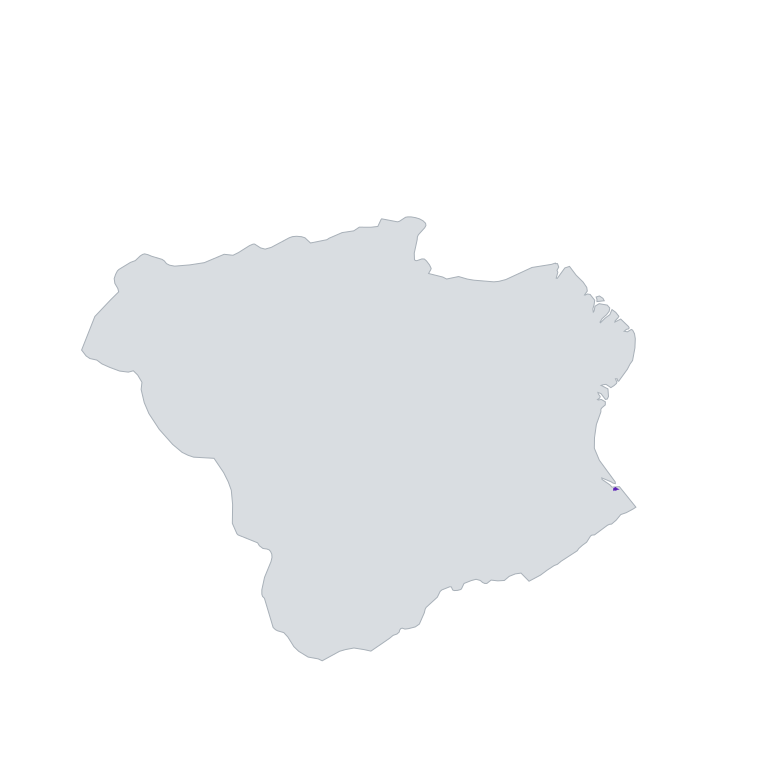 Surulere, Lagos, Nigeria (highlighted), rotated 234°
{"feature_id": "59680162B1513568068009", "entity_name": "Surulere", "entity_type": "district", "adm_level": 2, "iso_a3": "NGA", "parent_name": "Nigeria", "parent_adm1": "Lagos", "projection": "natural_earth1", "projection_center": [3.345, 6.49], "detail": "fine", "context": "in_parent", "style": "filled", "palette": "violet", "viewbox_px": 768, "rotation_deg": 234, "n_neighbors": 0, "source": "geoboundaries", "source_scale": "gbopen_adm2", "svg_char_len": 4422}
<svg xmlns="http://www.w3.org/2000/svg" viewBox="0 0 768 768"><g transform="rotate(234 384 384)"><path d="M589.2,159.3L608.6,189.8L612.8,212.4L614.5,223.5L617.7,224.8L623.6,225.4L627.9,227.7L630.5,231.4L632.2,234.8L632.5,236.9L631.4,250.4L630.0,255.3L630.9,262.0L630.7,264.9L630.0,266.8L627.4,269.0L623.8,271.2L615.3,277.7L612.8,278.6L609.2,278.8L606.1,280.4L602.4,283.9L594.5,296.9L587.8,309.9L582.9,330.9L576.9,337.5L575.9,343.3L575.0,356.5L574.1,360.4L573.2,361.6L566.7,364.1L563.0,367.1L560.8,373.1L558.0,393.3L557.0,396.6L554.9,400.1L551.6,403.9L548.7,406.0L541.3,407.4L534.3,422.6L534.2,425.3L531.1,439.1L525.7,449.5L525.4,456.2L518.6,465.4L515.1,471.6L518.7,478.1L519.0,479.2L507.3,490.2L506.6,491.9L506.2,499.5L505.2,501.5L503.1,504.3L499.9,507.4L496.7,509.8L493.1,511.5L489.6,512.1L487.6,511.1L486.5,508.8L484.5,499.5L483.4,497.5L481.2,495.6L472.1,485.4L466.6,481.7L465.4,482.0L464.5,483.0L462.9,488.2L461.4,490.1L458.5,490.7L453.5,490.8L449.8,490.1L449.0,489.0L447.2,485.0L436.0,494.4L432.1,496.4L427.1,507.5L420.0,513.0L415.1,517.8L402.1,532.9L399.5,537.3L396.9,543.9L391.3,572.2L382.3,589.9L381.1,593.7L380.6,593.5L379.4,595.1L375.9,594.1L374.3,590.8L372.2,590.3L368.4,585.5L367.6,586.3L371.6,598.5L370.1,603.2L359.1,603.4L349.5,605.0L343.0,604.8L339.7,603.1L338.2,598.5L337.7,599.0L337.3,601.4L335.3,603.4L327.9,603.7L324.7,600.6L322.0,597.1L319.2,595.6L319.6,597.0L322.9,600.4L322.5,605.3L316.6,611.0L312.8,611.3L310.5,608.9L309.3,604.9L308.7,599.0L307.1,595.1L306.3,595.1L307.3,601.6L307.4,607.5L310.2,612.2L305.8,613.6L300.7,613.8L300.0,612.1L299.3,608.2L298.4,607.2L297.4,613.7L286.7,615.6L285.2,615.3L284.9,614.1L285.7,612.3L285.5,609.3L283.1,611.6L282.8,616.1L281.4,616.8L277.4,616.2L272.9,613.9L265.7,608.2L256.9,598.9L255.5,594.7L252.9,589.6L248.3,575.5L249.1,574.9L251.2,575.7L252.2,574.3L248.5,573.4L247.8,572.3L247.5,569.2L247.7,565.4L253.2,563.4L254.5,561.1L255.3,558.8L248.4,562.3L242.0,558.3L240.6,555.9L241.3,554.1L248.7,553.9L251.4,552.1L249.7,551.5L246.9,551.6L245.9,550.4L245.9,547.5L245.0,548.1L243.8,550.7L239.5,552.6L237.0,550.7L236.7,546.5L236.1,544.6L234.0,543.1L226.4,532.0L216.9,522.8L208.4,516.4L195.7,513.4L168.9,513.5L167.4,512.6L169.1,511.1L171.4,510.2L180.0,505.0L178.6,504.3L169.6,507.5L166.6,507.8L162.6,514.1L136.3,515.4L136.4,512.6L137.5,504.4L139.2,498.8L137.4,491.9L136.9,485.8L138.0,483.8L138.4,481.5L138.2,465.6L139.6,463.3L139.6,461.7L136.9,454.9L136.9,449.7L136.4,444.7L135.5,442.4L136.5,423.1L136.2,418.3L137.1,414.9L137.5,406.5L137.4,398.3L139.2,385.4L150.5,383.7L153.2,378.6L154.8,372.2L154.3,365.9L157.9,360.3L162.4,355.4L162.2,350.0L163.4,348.3L165.5,347.1L168.5,346.4L171.9,343.7L173.7,339.0L175.6,331.5L172.7,326.2L172.7,325.1L173.8,322.2L175.6,319.4L177.0,318.5L180.2,319.2L181.3,318.1L183.4,309.8L183.2,307.5L180.2,301.9L178.5,286.8L177.6,284.9L175.2,282.1L169.0,271.5L169.1,266.5L171.7,260.0L173.4,256.9L175.8,255.2L176.3,253.7L175.6,251.9L174.4,250.5L174.1,247.6L175.3,243.6L175.0,239.2L175.6,216.4L180.7,211.9L188.1,204.5L191.8,196.7L193.9,190.9L196.4,171.3L200.3,169.2L207.7,162.1L217.8,157.9L224.4,156.7L235.9,157.5L241.8,156.8L246.8,152.9L249.0,151.8L252.2,151.2L280.9,161.3L283.6,160.9L285.7,161.6L289.3,164.2L297.8,173.7L306.8,188.3L309.6,191.5L312.3,193.2L315.2,193.8L317.3,193.6L319.4,192.2L322.1,189.4L326.4,188.1L329.8,188.4L347.7,177.2L349.4,177.0L360.4,179.4L375.5,190.7L387.8,198.0L396.4,200.5L406.5,202.2L423.8,202.8L436.7,187.0L441.5,183.6L447.3,180.5L459.3,177.5L479.4,175.5L498.2,176.4L509.9,179.1L522.3,184.3L527.7,189.2L536.0,190.0L542.0,189.0L543.9,184.1L549.9,177.7L558.8,171.8L566.1,167.6L572.2,165.7L577.5,161.0L581.8,159.5L589.2,159.3ZM328.6,610.0L324.6,611.5L321.9,611.1L325.5,604.7L327.4,606.1L329.7,606.7L328.6,610.0Z" fill="#d9dde1" stroke="#a8b0b8" stroke-width="1"/><path d="M163.9,508.2L163.7,508.1L163.7,508.3L163.4,508.3L163.3,508.2L163.3,508.3L163.2,508.3L163.1,508.5L162.9,508.5L162.7,508.5L162.5,508.8L162.4,508.9L162.4,509.0L162.2,509.1L162.0,509.3L162.1,509.5L162.2,509.8L162.3,509.9L162.3,510.0L162.2,510.2L162.2,510.3L162.1,510.5L161.9,510.8L161.8,511.0L162.0,510.9L162.3,510.7L162.5,510.5L162.6,510.4L162.8,510.2L163.0,510.1L163.3,510.1L163.4,510.3L163.5,510.4L163.8,510.3L163.8,510.2L164.0,510.0L164.0,509.9L163.9,509.8L163.9,509.7L163.9,509.3L164.0,509.3L164.0,509.1L163.9,509.1L164.0,508.9L164.1,508.7L164.0,508.4L163.9,508.3L163.9,508.2L163.9,508.2Z" fill="#8b5cf6" stroke="#5b21b6" stroke-width="1.5"/></g></svg>